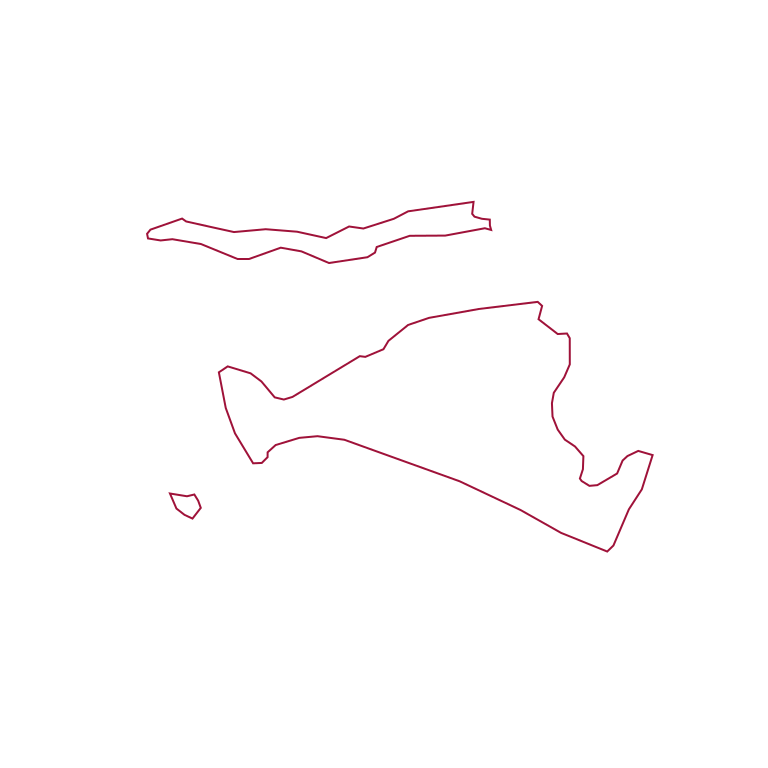 the district of Dukes, Massachusetts, United States of America, rotated 25°
{"feature_id": "52423323B80423316533974", "entity_name": "Dukes", "entity_type": "district", "adm_level": 2, "iso_a3": "USA", "parent_name": "United States of America", "parent_adm1": "Massachusetts", "projection": "albers", "projection_center": [-70.705, 41.388], "detail": "fine", "context": "isolated", "style": "outline", "palette": "rose", "viewbox_px": 768, "rotation_deg": 25, "n_neighbors": 0, "source": "geoboundaries", "source_scale": "gbopen_adm2", "svg_char_len": 1403}
<svg xmlns="http://www.w3.org/2000/svg" viewBox="0 0 768 768"><g transform="rotate(25 384 384)"><path d="M234.9,434.1L229.4,443.2L250.7,472.6L269.8,491.7L298.9,511.2L306.6,507.2L309.4,499.5L307.4,495.1L311.6,485.1L330.0,468.6L345.8,459.4L371.6,451.3L493.7,440.2L560.9,440.5L607.4,444.1L657.1,441.5L660.2,433.4L658.9,394.1L662.2,370.5L657.5,334.9L642.7,337.2L635.1,346.4L632.6,352.5L633.1,366.6L620.1,385.5L613.2,389.5L604.1,388.4L601.5,386.9L600.3,377.2L595.2,365.1L583.5,359.9L571.4,358.0L560.7,351.9L550.5,342.3L544.3,330.4L541.6,320.2L544.5,301.8L544.1,287.7L533.0,264.0L528.5,260.9L520.3,265.3L496.7,260.0L494.3,246.4L488.6,244.6L438.3,275.9L396.9,305.0L380.9,320.3L369.8,343.0L368.8,352.7L355.6,367.3L350.3,369.0L306.5,434.4L299.8,440.4L290.6,442.3L271.8,433.5L258.6,430.7L234.9,434.1ZM388.2,181.1L332.9,217.3L323.1,230.1L299.6,251.8L285.8,256.0L269.9,276.2L240.9,282.7L211.4,293.7L183.8,309.7L161.0,314.8L136.0,320.3L131.1,319.4L107.1,342.8L105.8,348.0L108.6,351.8L120.9,348.3L131.0,342.2L159.0,334.5L198.5,332.6L208.9,327.7L232.8,304.1L253.1,298.7L283.0,297.6L315.4,276.1L320.3,268.7L319.5,262.9L344.7,238.8L376.8,223.6L409.6,200.2L416.0,199.1L413.0,195.6L410.4,190.3L402.9,192.9L395.3,194.1L392.0,192.5L388.2,181.1ZM242.7,571.9L236.3,573.7L248.5,584.6L258.5,586.9L267.3,586.9L270.3,573.7L264.9,568.3L258.8,564.3L252.9,569.0L242.7,571.9Z" fill="none" stroke="#9f1239" stroke-width="2"/></g></svg>